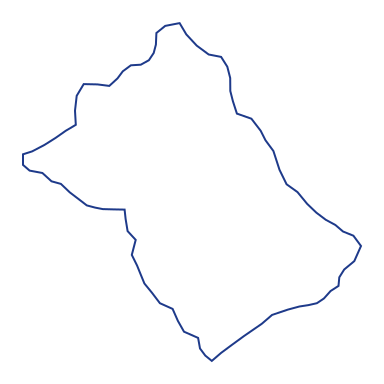 outline of Ibirité, Minas Gerais, Brazil
{"feature_id": "56859067B8022676764882", "entity_name": "Ibirité", "entity_type": "district", "adm_level": 2, "iso_a3": "BRA", "parent_name": "Brazil", "parent_adm1": "Minas Gerais", "projection": "orthographic", "projection_center": [-44.071, -20.022], "detail": "fine", "context": "isolated", "style": "outline", "palette": "blue", "viewbox_px": 384, "rotation_deg": 0, "n_neighbors": 0, "source": "geoboundaries", "source_scale": "gbopen_adm2", "svg_char_len": 1143}
<svg xmlns="http://www.w3.org/2000/svg" viewBox="0 0 384 384"><path d="M208.7,54.5L196.7,45.6L186.3,34.4L179.6,23.1L165.2,25.9L156.4,33.0L155.9,44.6L153.7,53.0L148.9,60.2L140.8,64.7L130.9,65.3L122.8,71.3L117.5,78.4L109.3,85.9L97.4,84.4L83.7,84.1L76.7,95.8L75.0,110.7L75.8,124.8L65.7,130.8L55.6,137.9L44.5,144.9L32.1,151.4L23.0,154.3L23.0,164.9L29.6,170.6L42.4,173.0L51.5,181.3L60.9,183.9L69.7,192.3L86.8,205.4L95.1,207.6L102.8,209.1L113.8,209.4L124.6,209.6L125.6,218.9L127.6,231.1L135.7,239.9L131.8,254.9L137.1,265.6L140.5,274.0L144.4,283.5L152.0,292.8L159.9,303.2L172.6,308.9L177.9,320.9L184.0,331.7L198.1,337.9L200.0,348.5L205.3,355.6L211.8,360.9L221.1,352.9L232.0,344.8L244.2,335.9L254.8,328.6L261.9,323.7L272.1,314.9L287.9,309.6L299.4,306.5L308.5,305.1L316.9,303.2L323.9,298.5L330.6,291.0L338.5,285.9L339.3,277.3L344.2,269.5L354.3,261.1L361.0,246.0L353.4,235.7L343.0,231.5L335.4,225.0L325.8,219.8L316.4,212.7L307.1,203.8L297.5,192.1L286.6,184.3L279.5,169.8L273.4,151.0L265.5,140.3L260.7,130.8L251.4,118.7L236.9,113.6L232.9,101.2L230.3,91.0L230.2,78.0L227.3,66.7L221.1,56.9L208.7,54.5Z" fill="none" stroke="#1e3a8a" stroke-width="2"/></svg>